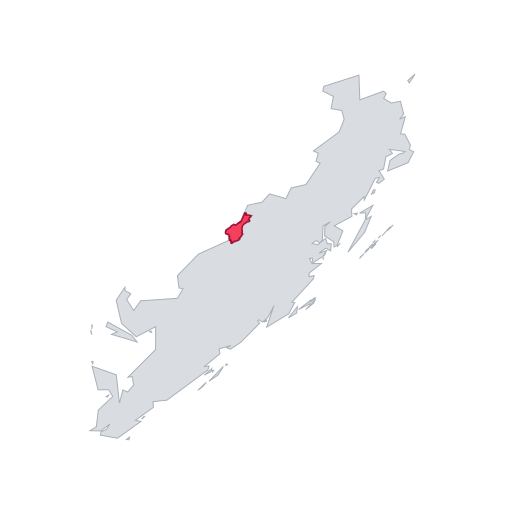 location of Tuva within Russia, rotated 136°
{"feature_id": "RUS-2605", "entity_name": "Tuva", "entity_type": "Republic", "adm_level": 1, "iso_a3": "RUS", "parent_name": "Russia", "parent_adm1": "", "projection": "robinson", "projection_center": [94.276, 51.727], "detail": "medium", "context": "in_parent", "style": "filled", "palette": "rose", "viewbox_px": 512, "rotation_deg": 136, "n_neighbors": 0, "source": "natural_earth", "source_scale": "10m", "svg_char_len": 5588}
<svg xmlns="http://www.w3.org/2000/svg" viewBox="0 0 512 512"><g transform="rotate(136 256 256)"><path d="M387.3,321.3L371.9,324.6L374.3,321.9L372.3,315.8L379.3,314.6L381.8,301.7L370.1,303.9L341.9,280.1L331.3,283.2L333.6,286.5L326.1,296.5L296.0,297.3L264.0,285.9L259.3,295.5L243.1,291.0L226.9,298.3L214.1,290.5L203.2,291.3L194.6,276.5L183.3,280.5L170.5,272.7L145.3,278.2L147.2,282.3L139.8,286.7L141.7,291.7L110.0,287.5L97.7,293.0L93.2,301.0L99.6,309.8L89.5,317.0L93.4,328.3L89.3,330.9L56.3,314.6L72.9,296.2L49.7,286.0L49.5,282.3L54.7,280.6L52.4,272.0L44.6,267.0L51.2,255.4L57.8,254.7L51.8,252.5L67.3,243.4L64.3,240.3L67.8,228.7L71.9,225.8L70.1,221.4L81.8,217.5L102.3,225.7L93.1,231.7L82.3,229.9L79.0,228.0L76.2,227.7L85.9,240.0L86.6,234.9L93.7,237.1L103.8,230.0L108.3,231.9L110.3,222.2L117.0,222.9L118.3,225.2L112.7,226.8L116.2,229.0L139.3,221.0L136.9,223.7L154.7,223.4L159.5,217.9L178.7,223.4L176.0,213.7L190.3,207.4L193.6,208.2L190.2,212.4L192.7,222.9L185.9,229.4L178.9,229.0L187.0,231.0L197.1,221.5L200.8,221.1L202.1,225.4L206.9,226.1L204.0,221.4L193.7,220.3L196.1,215.4L193.4,212.4L198.8,207.8L200.2,213.0L206.9,214.2L208.7,214.1L201.4,210.8L208.1,209.2L219.9,211.5L217.0,215.3L219.2,217.1L221.0,211.6L214.1,205.2L229.6,206.8L232.1,204.3L227.8,201.5L231.0,199.7L262.3,197.8L260.4,195.6L272.7,191.7L297.8,197.4L277.4,207.9L290.0,203.6L297.2,204.0L298.1,207.7L298.7,208.3L299.6,208.4L300.0,205.1L326.7,204.5L339.1,206.7L340.8,210.2L336.4,209.1L347.0,214.8L349.8,210.8L369.7,212.3L366.2,209.4L369.7,207.5L420.3,214.2L431.1,222.7L435.0,218.4L456.9,221.6L453.7,217.0L482.2,221.1L492.5,235.3L489.5,237.0L483.7,235.2L478.0,236.7L489.2,238.0L496.8,245.7L489.6,244.0L476.5,254.7L456.6,254.4L454.9,262.1L462.5,269.4L450.5,290.6L439.0,267.6L456.4,245.1L444.8,252.1L442.8,247.3L433.7,248.2L428.7,255.2L432.4,257.7L393.1,258.5L377.2,274.9L398.3,281.1L399.5,301.0L387.3,321.3ZM187.2,194.9L152.4,206.1L145.6,204.5L161.3,197.6L187.2,194.9ZM401.3,276.7L414.4,300.1L408.5,297.8L413.0,309.5L408.5,311.3L400.4,285.3L401.3,276.7ZM136.8,211.3L151.7,206.4L147.1,210.8L151.7,214.9L136.8,211.3ZM356.1,199.3L366.0,196.7L376.8,198.6L356.1,199.3ZM250.9,184.4L262.6,187.9L246.4,186.2L250.9,184.4ZM247.2,182.1L257.5,182.9L242.9,183.7L247.2,182.1ZM266.4,186.7L275.6,189.0L261.3,190.8L266.4,186.7ZM379.4,199.7L384.7,199.0L391.2,199.8L379.4,199.7ZM15.2,276.4L25.5,274.0L24.9,276.8L15.2,276.4ZM145.1,183.4L151.4,182.9L139.1,183.9L145.1,183.4ZM368.9,204.2L376.0,206.3L366.0,205.7L368.9,204.2ZM129.9,220.3L125.6,221.9L124.3,220.9L126.8,219.2L129.9,220.3ZM157.1,182.6L162.8,182.1L165.3,182.7L157.1,182.6ZM175.7,182.6L172.6,183.6L168.7,183.2L170.0,182.6L175.7,182.6ZM181.0,182.8L176.5,182.6L183.3,182.3L181.0,182.8ZM155.2,215.8L156.1,218.4L153.4,216.5L155.2,215.8ZM248.2,184.9L244.3,185.6L241.8,184.7L248.2,184.9ZM161.0,181.4L168.2,181.1L165.3,181.8L161.0,181.4ZM476.7,214.0L472.8,213.6L475.1,212.1L476.7,214.0ZM140.3,182.8L144.4,183.1L135.7,183.1L140.3,182.8ZM190.8,206.5L186.4,206.8L190.9,206.3L190.8,206.5ZM294.3,201.8L296.4,203.4L293.0,202.5L294.3,201.8ZM451.5,217.9L449.0,218.6L447.1,218.0L451.5,217.9ZM166.3,183.8L163.3,183.5L168.4,183.8L166.3,183.8ZM166.6,181.8L168.2,182.6L164.5,182.1L166.6,181.8ZM428.6,313.5L428.1,315.2L426.2,317.6L428.6,313.5ZM160.9,183.8L162.7,184.5L159.9,184.4L160.9,183.8ZM207.9,208.9L204.6,209.6L203.9,209.5L207.9,208.9ZM461.4,258.9L458.6,258.4L460.6,257.6L461.4,258.9ZM367.9,202.8L367.1,204.0L365.9,203.1L367.9,202.8ZM384.2,273.5L385.2,275.6L383.6,275.1L384.2,273.5ZM448.7,291.4L447.5,294.3L446.5,293.4L448.7,291.4ZM155.8,184.0L152.8,184.2L152.0,184.0L155.8,184.0ZM210.2,206.8L209.3,208.0L208.7,207.6L210.2,206.8ZM353.7,198.4L352.3,199.1L352.1,197.6L353.7,198.4ZM421.8,319.9L425.0,317.5L421.9,320.4L421.8,319.9Z" fill="#d9dde1" stroke="#a8b0b8" stroke-width="1"/><path d="M264.1,285.9L263.9,286.0L263.4,287.1L262.2,287.5L261.9,288.1L261.9,288.5L261.4,288.5L260.9,289.2L261.0,289.6L260.6,290.6L261.2,291.1L261.1,291.3L261.4,292.0L262.2,292.4L262.2,293.3L261.5,294.4L260.8,294.8L260.5,294.6L259.9,294.8L259.9,295.2L259.1,295.6L258.6,295.5L258.0,294.9L257.1,294.8L256.8,295.1L256.5,294.8L256.0,294.9L255.0,294.5L254.7,294.7L254.3,294.4L253.2,294.9L252.8,294.7L251.9,294.7L251.3,294.3L250.3,294.4L250.0,293.9L249.5,293.6L249.2,292.2L245.5,292.1L245.2,292.0L245.0,291.3L244.5,291.3L244.0,291.8L243.1,291.0L242.9,291.1L242.7,291.6L242.4,291.7L241.1,291.7L240.0,292.6L238.6,292.8L237.8,293.3L237.6,293.6L236.9,293.6L235.5,294.2L235.3,294.6L234.2,294.9L234.1,294.5L233.9,294.3L234.1,294.1L233.8,294.0L233.8,293.7L233.3,293.7L233.3,293.4L233.9,293.0L233.9,292.6L234.2,292.9L234.9,292.7L235.0,292.4L234.4,292.1L233.5,291.0L232.5,290.2L232.4,289.7L232.1,289.5L232.2,288.7L231.5,288.2L233.0,287.8L233.0,288.1L233.7,288.0L234.2,288.2L234.7,288.1L235.5,287.3L235.9,287.4L235.7,286.4L236.0,286.2L236.0,285.8L236.7,285.6L237.2,285.6L237.9,286.1L238.3,286.8L239.1,286.6L239.5,286.9L240.6,286.8L242.3,287.3L244.7,287.1L246.3,285.9L247.3,285.5L247.6,284.6L248.6,283.7L248.9,283.0L249.3,282.7L250.0,282.7L250.3,282.1L250.3,281.6L250.6,281.4L250.3,281.1L250.7,280.8L251.7,280.8L252.3,280.5L252.8,280.8L253.9,280.2L255.0,280.5L255.5,279.8L255.6,280.0L255.9,279.9L255.8,280.1L256.1,280.3L256.8,280.1L257.0,279.5L257.4,279.4L258.3,279.9L258.9,279.9L259.3,280.5L259.7,280.6L259.8,280.8L260.9,280.9L261.1,281.3L262.0,281.4L262.0,281.9L264.0,281.7L264.4,281.9L264.2,282.2L265.0,282.5L264.9,282.9L264.0,282.7L263.8,283.0L264.1,283.2L264.1,283.7L263.6,283.9L263.7,284.3L263.1,284.7L263.3,284.9L263.2,285.3L263.7,285.3L263.7,285.6L264.1,285.6L264.1,285.9Z" fill="#f43f5e" stroke="#9f1239" stroke-width="1.5"/></g></svg>